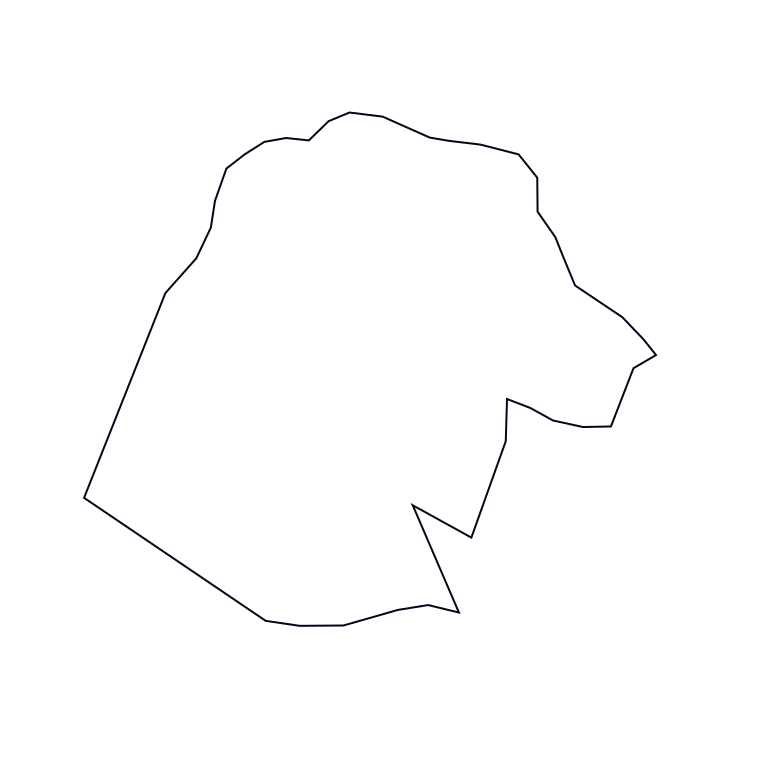 Vila Flor, Rio Grande do Norte, Brazil, rotated 24°
{"feature_id": "56859067B91583565778488", "entity_name": "Vila Flor", "entity_type": "district", "adm_level": 2, "iso_a3": "BRA", "parent_name": "Brazil", "parent_adm1": "Rio Grande do Norte", "projection": "robinson", "projection_center": [-35.08, -6.303], "detail": "fine", "context": "isolated", "style": "outline", "palette": "ink", "viewbox_px": 768, "rotation_deg": 24, "n_neighbors": 0, "source": "geoboundaries", "source_scale": "gbopen_adm2", "svg_char_len": 669}
<svg xmlns="http://www.w3.org/2000/svg" viewBox="0 0 768 768"><g transform="rotate(24 384 384)"><path d="M620.7,246.9L602.7,237.6L574.7,226.1L518.5,216.3L496.7,195.6L480.7,180.1L454.2,164.1L440.1,133.2L413.6,119.5L374.6,126.1L344.6,135.4L325.5,140.3L297.1,140.3L274.0,140.3L242.1,150.0L226.5,166.4L216.3,192.0L194.5,199.1L176.2,211.5L163.3,230.9L152.4,251.3L155.1,285.4L162.2,311.5L161.4,345.5L147.3,389.8L156.3,610.0L372.3,648.5L405.4,639.2L445.2,621.1L488.5,584.8L514.2,568.0L545.4,562.3L459.6,483.1L526.3,488.8L518.5,386.7L502.5,347.7L527.5,346.4L553.2,348.6L583.2,342.4L608.6,330.5L605.5,268.1L620.7,246.9Z" fill="none" stroke="#020617" stroke-width="2"/></g></svg>